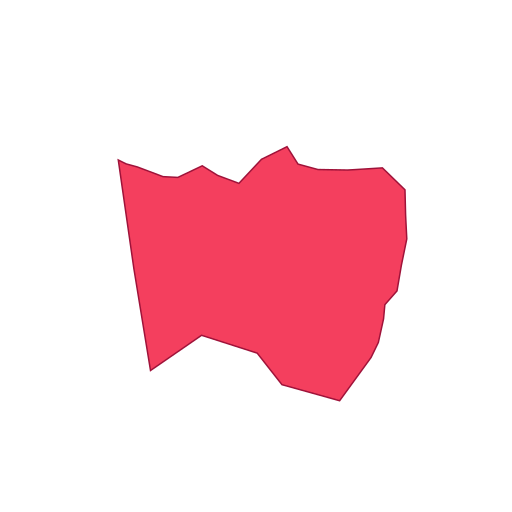 Skouriotissa, Nicosia, Cyprus (Albers equal-area conic projection), rotated 228°
{"feature_id": "46923920B57075866943950", "entity_name": "Skouriotissa", "entity_type": "district", "adm_level": 2, "iso_a3": "CYP", "parent_name": "Cyprus", "parent_adm1": "Nicosia", "projection": "albers", "projection_center": [32.884, 35.094], "detail": "fine", "context": "isolated", "style": "filled", "palette": "rose", "viewbox_px": 512, "rotation_deg": 228, "n_neighbors": 0, "source": "geoboundaries", "source_scale": "gbopen_adm2", "svg_char_len": 553}
<svg xmlns="http://www.w3.org/2000/svg" viewBox="0 0 512 512"><g transform="rotate(228 256 256)"><path d="M92.5,221.3L103.6,273.6L109.9,289.1L123.9,308.7L133.6,319.2L135.7,337.4L151.8,357.8L167.8,379.5L182.2,391.2L186.7,394.9L205.5,411.0L236.9,408.9L254.5,386.7L258.6,381.6L278.8,359.9L296.2,348.7L316.5,352.2L324.2,324.8L321.4,291.9L341.6,281.4L359.0,276.4L366.7,250.5L377.2,240.0L401.6,227.4L411.4,221.1L419.5,217.9L328.2,156.7L241.5,101.0L233.5,162.5L183.0,191.9L143.0,189.2L92.5,221.3Z" fill="#f43f5e" stroke="#9f1239" stroke-width="1.5"/></g></svg>